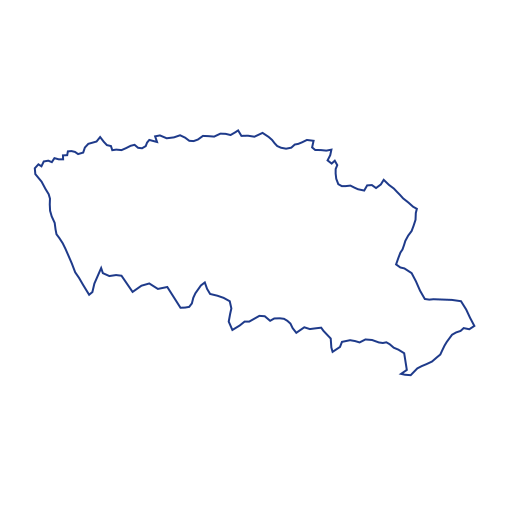 the district of Japorã, Mato Grosso do Sul, Brazil, rotated 349°
{"feature_id": "56859067B58863435977493", "entity_name": "Japorã", "entity_type": "district", "adm_level": 2, "iso_a3": "BRA", "parent_name": "Brazil", "parent_adm1": "Mato Grosso do Sul", "projection": "natural_earth1", "projection_center": [-54.53, -23.825], "detail": "fine", "context": "isolated", "style": "outline", "palette": "blue", "viewbox_px": 512, "rotation_deg": 349, "n_neighbors": 0, "source": "geoboundaries", "source_scale": "gbopen_adm2", "svg_char_len": 2926}
<svg xmlns="http://www.w3.org/2000/svg" viewBox="0 0 512 512"><g transform="rotate(349 256 256)"><path d="M395.9,205.6L392.2,209.6L386.8,212.2L383.3,208.5L378.6,207.9L374.7,212.4L368.8,209.9L365.7,207.7L362.1,204.9L357.2,204.5L353.6,203.8L350.5,201.2L349.5,195.5L349.9,190.3L350.8,185.8L353.1,182.3L351.5,177.5L347.9,179.7L344.5,175.8L348.1,171.2L350.3,166.0L345.2,166.0L339.9,164.4L334.3,163.2L331.8,160.1L334.5,153.9L328.1,151.8L322.9,153.2L318.9,154.0L315.3,154.0L311.3,156.4L306.0,156.4L301.2,154.5L297.8,152.1L295.8,148.9L293.9,145.1L291.1,141.5L285.9,136.4L282.0,137.4L277.2,138.6L271.1,136.4L264.6,135.3L262.4,129.3L259.3,130.6L254.1,132.4L249.5,130.3L244.4,129.1L237.7,130.8L231.9,129.2L226.8,128.0L221.2,130.6L216.7,131.3L212.5,130.2L209.0,126.3L204.5,123.0L198.1,123.9L190.8,123.4L184.7,119.3L179.8,119.3L180.6,125.2L177.5,123.7L173.4,121.7L170.7,123.9L168.7,127.1L164.7,128.5L160.9,127.3L158.0,123.7L154.0,123.9L149.1,125.3L144.2,126.4L139.1,124.9L135.1,124.7L134.6,120.4L130.8,118.7L128.4,114.9L125.7,109.5L121.3,113.2L112.8,113.9L108.7,116.9L106.1,121.5L100.8,122.0L98.2,119.3L94.9,117.8L91.3,117.4L89.9,121.0L85.7,120.4L85.1,124.3L80.9,123.5L76.8,121.5L73.5,124.9L70.3,122.8L65.7,122.7L62.5,127.0L59.9,124.5L55.6,127.7L55.0,133.5L59.7,142.1L62.1,149.9L64.3,155.8L64.7,160.4L63.4,166.0L62.5,172.3L63.0,178.1L64.7,185.1L64.3,191.6L64.3,196.6L66.3,200.7L68.7,206.6L70.3,212.5L72.1,220.5L73.8,228.3L75.4,237.5L78.1,243.7L80.7,251.2L84.8,262.2L88.5,260.2L92.1,252.2L101.7,238.3L102.4,243.6L108.2,247.7L115.0,248.0L120.2,249.7L128.0,267.7L137.9,263.3L146.0,262.6L153.4,269.6L163.0,269.5L172.0,292.4L176.5,293.1L180.7,293.2L184.0,290.3L186.5,285.0L189.4,281.0L196.3,274.4L200.7,272.2L201.7,278.9L203.7,284.5L210.5,287.6L216.2,290.9L221.6,295.4L221.8,302.8L219.6,307.8L216.7,315.2L218.7,324.1L226.8,321.1L232.3,318.2L236.8,319.1L242.2,317.3L247.9,315.4L253.1,316.8L257.5,322.3L262.0,320.8L267.5,321.7L271.5,323.0L274.4,325.6L276.9,328.9L278.2,333.8L280.9,339.1L289.8,335.2L294.9,338.0L301.2,338.4L306.3,338.8L307.9,342.3L313.6,351.3L312.5,360.2L312.9,364.7L321.1,361.3L324.0,356.7L332.3,356.6L337.0,358.4L341.2,360.6L347.5,358.8L353.9,360.6L360.1,364.3L363.9,365.6L367.5,365.6L370.4,368.1L373.7,372.3L377.9,375.1L382.9,379.7L382.3,396.6L375.9,399.4L379.6,401.0L385.1,402.5L392.9,397.1L397.7,395.7L402.6,394.7L408.6,393.2L414.2,390.0L418.1,387.9L420.7,384.3L424.0,379.9L426.9,376.7L433.4,370.7L437.9,369.2L442.5,368.6L446.1,366.4L451.4,368.6L457.0,366.3L454.3,357.4L452.1,348.6L448.6,339.5L440.0,336.5L435.7,335.5L422.0,332.3L417.8,331.9L413.5,330.4L410.4,321.3L409.4,316.9L408.2,311.5L405.5,302.5L399.3,296.5L395.5,294.8L391.9,291.0L395.3,285.2L398.4,280.2L401.0,277.6L403.3,273.7L405.5,269.6L409.3,265.0L413.5,261.2L416.4,256.5L419.5,250.9L421.1,244.2L422.9,240.4L419.6,237.6L415.8,232.6L411.4,227.5L409.0,223.5L406.6,219.9L404.2,216.1L400.1,211.6L395.9,205.6Z" fill="none" stroke="#1e3a8a" stroke-width="2"/></g></svg>